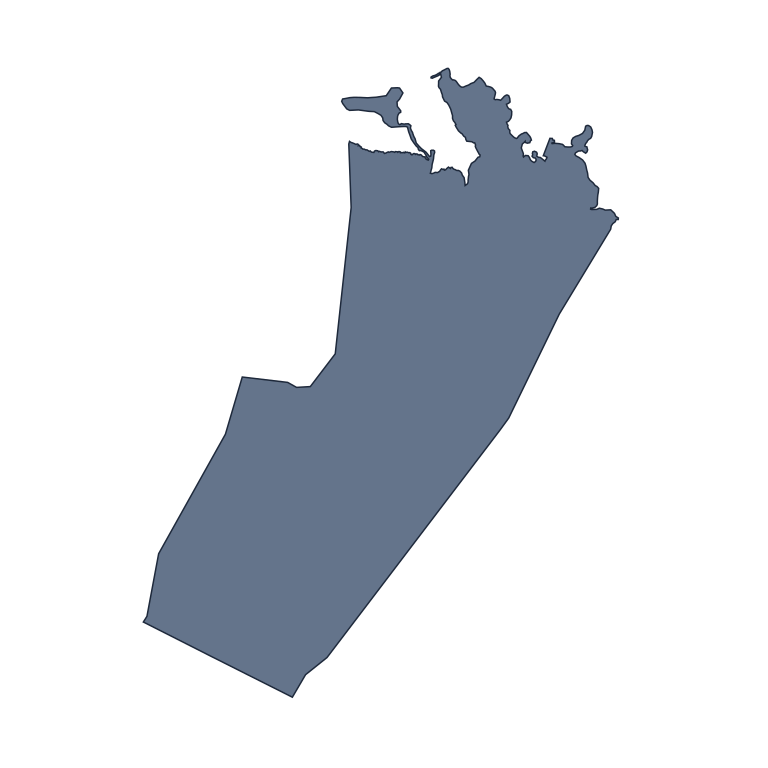 Ngerusar, Airai, Palau (Mercator projection), rotated 185°
{"feature_id": "81905179B80003657919374", "entity_name": "Ngerusar", "entity_type": "district", "adm_level": 2, "iso_a3": "PLW", "parent_name": "Palau", "parent_adm1": "Airai", "projection": "mercator", "projection_center": [134.532, 7.368], "detail": "fine", "context": "isolated", "style": "filled", "palette": "slate", "viewbox_px": 768, "rotation_deg": 185, "n_neighbors": 0, "source": "geoboundaries", "source_scale": "gbopen_adm2", "svg_char_len": 6168}
<svg xmlns="http://www.w3.org/2000/svg" viewBox="0 0 768 768"><g transform="rotate(185 384 384)"><path d="M603.0,125.9L533.7,98.1L448.0,64.0L436.8,87.6L416.9,106.6L264.5,348.1L256.8,360.9L215.5,468.9L171.7,557.9L171.6,559.0L171.4,561.3L170.1,563.7L167.8,565.8L167.0,568.1L165.0,568.3L165.0,569.8L167.7,571.2L169.3,574.1L173.3,577.3L178.8,576.5L181.3,577.4L184.8,577.9L187.3,576.5L192.3,575.9L193.4,576.1L193.4,577.3L191.9,577.4L189.3,578.3L187.6,580.2L187.1,581.9L187.4,584.8L187.5,588.1L187.5,590.8L187.2,593.8L187.2,597.6L189.0,599.3L190.9,600.1L193.3,602.7L196.6,605.0L198.7,607.6L199.6,611.9L200.7,614.9L201.8,618.6L203.0,621.5L205.7,624.5L209.5,626.7L212.5,627.9L213.9,629.3L213.4,630.9L210.6,633.0L208.4,633.3L207.1,633.9L205.6,632.7L203.2,631.5L202.0,632.9L201.5,635.0L202.1,636.5L202.5,637.9L204.5,638.3L204.7,639.2L204.1,641.0L203.4,642.1L203.1,642.4L202.4,644.2L201.0,645.8L199.6,646.7L198.7,648.6L198.2,652.8L199.0,655.5L200.5,658.1L202.7,659.3L204.2,659.3L205.6,658.4L206.1,654.3L208.1,650.9L211.6,648.6L214.6,647.4L217.1,645.6L218.3,643.1L218.2,639.6L216.8,638.0L217.1,637.1L218.7,636.4L221.2,636.1L223.5,636.1L224.5,636.1L226.5,637.9L227.5,638.4L228.4,638.4L230.3,638.7L232.7,638.7L235.0,638.6L237.5,638.1L237.8,638.6L235.2,639.8L235.5,641.6L237.0,641.8L237.7,643.3L240.1,643.2L245.2,625.3L243.9,625.2L241.4,624.1L241.8,622.5L242.9,620.8L243.1,620.0L247.2,622.8L248.1,623.3L249.9,623.3L251.7,624.3L251.6,625.6L251.4,626.5L251.7,627.4L252.3,628.3L254.4,629.0L256.0,628.3L256.3,626.6L255.8,625.2L256.4,623.9L255.0,622.5L252.8,622.2L251.9,620.5L252.4,618.9L253.8,617.7L256.4,618.9L257.7,620.1L258.9,622.4L260.3,624.0L263.0,624.0L264.8,622.3L265.3,623.3L265.1,624.2L265.3,625.8L266.3,627.9L267.8,631.1L267.1,635.2L265.8,636.5L264.5,638.1L264.3,636.9L262.2,636.4L259.8,637.1L259.3,639.0L258.4,639.8L259.3,641.9L260.3,643.4L264.0,647.0L266.0,646.7L267.2,645.8L268.9,645.0L271.1,643.1L272.9,640.4L273.6,640.1L275.6,640.8L277.4,642.1L280.2,644.5L280.7,646.0L280.7,647.6L282.5,649.3L283.2,651.4L283.0,652.5L283.9,653.5L284.8,655.5L283.0,656.5L282.1,657.6L280.7,660.1L280.3,663.2L280.5,666.7L281.8,668.7L283.1,668.8L284.3,669.7L285.4,671.2L286.4,673.4L284.5,674.4L283.0,675.9L283.6,679.4L284.9,682.1L286.7,682.7L288.1,682.0L289.3,681.0L291.0,678.7L292.6,676.8L294.2,677.2L296.4,677.3L298.0,676.9L299.2,677.6L298.4,682.5L298.3,684.0L298.9,685.4L301.8,688.2L303.4,689.0L305.8,689.5L308.1,689.7L309.8,692.6L311.5,694.5L313.8,696.7L316.0,697.8L318.2,695.3L320.6,692.3L323.6,690.9L325.8,689.2L328.2,688.1L330.9,686.6L332.7,686.5L334.3,687.4L335.9,688.8L337.6,690.8L338.4,691.8L339.7,692.7L341.1,693.0L342.3,692.9L343.7,694.1L344.7,695.2L345.2,696.9L345.1,698.4L345.8,701.4L346.6,703.1L347.5,704.0L348.6,703.9L351.6,702.0L353.3,701.0L354.1,699.8L355.4,699.3L356.0,698.2L356.9,698.3L357.6,697.5L359.9,696.0L362.1,695.2L363.8,694.0L363.9,693.1L362.6,692.8L361.0,693.7L357.0,695.8L355.7,696.8L355.6,697.7L354.6,697.9L353.9,695.7L353.5,694.6L356.0,690.6L355.8,687.6L355.7,685.4L355.0,684.0L353.4,682.5L352.3,679.7L351.1,677.2L350.7,675.1L349.4,672.9L348.3,671.1L345.8,669.9L343.8,667.5L341.5,663.6L340.2,660.1L339.1,657.3L338.9,654.6L337.8,652.3L336.3,650.8L334.9,648.7L335.6,648.0L334.5,646.2L331.9,642.7L329.2,640.6L328.2,640.2L326.1,637.8L324.4,636.8L323.7,634.6L322.7,633.1L317.6,633.0L315.7,632.0L314.7,632.2L313.6,630.1L313.8,628.8L313.3,627.6L311.1,624.1L310.0,622.5L309.2,621.2L308.2,620.5L308.4,618.7L310.1,618.1L312.8,614.0L316.1,611.4L318.6,604.3L317.6,600.1L317.9,598.4L318.0,594.6L317.8,592.4L318.3,590.7L320.5,588.8L321.0,591.7L322.2,596.6L324.2,598.9L325.1,601.0L327.0,602.7L328.9,603.3L329.7,603.0L330.5,603.2L332.1,603.9L333.0,604.0L334.3,604.9L334.9,605.8L336.1,605.6L336.6,604.5L338.7,605.7L340.3,604.1L341.4,602.7L342.5,602.3L343.0,603.3L344.1,602.9L345.4,603.4L346.2,602.4L347.1,600.7L348.1,600.0L349.0,599.3L351.5,599.3L352.9,598.4L354.6,597.7L356.2,598.0L356.0,598.8L355.8,600.5L355.2,603.5L355.2,606.8L354.6,610.5L354.3,612.6L354.3,616.7L353.7,619.0L354.0,620.6L355.1,621.2L356.8,621.1L357.8,620.5L357.6,619.1L357.2,616.5L357.4,614.9L358.5,614.6L362.0,618.3L362.6,618.8L367.2,621.7L370.0,624.1L372.9,626.9L374.4,631.0L375.9,633.3L377.1,635.9L377.5,637.1L378.7,638.7L379.7,640.6L380.0,641.6L379.7,643.6L380.3,644.1L381.3,644.8L382.6,645.4L384.1,645.1L384.9,645.1L386.2,644.7L387.5,644.7L388.6,644.8L389.5,644.9L390.2,644.1L391.3,643.8L392.5,644.8L393.2,646.5L393.8,648.9L393.8,651.9L393.4,653.5L392.4,655.4L391.1,656.0L391.1,657.5L392.2,658.8L393.7,660.4L394.9,661.7L395.6,666.1L393.3,669.2L390.5,675.6L394.3,680.2L396.4,680.3L402.4,679.5L406.9,671.4L416.9,669.0L421.6,668.3L425.1,667.7L432.6,667.4L438.6,667.0L443.0,666.3L446.4,665.3L450.1,664.3L450.8,661.9L449.5,659.7L445.1,654.8L442.1,653.6L433.4,654.8L422.7,654.3L417.4,654.5L413.5,652.9L410.4,651.4L408.5,649.0L407.9,646.4L406.1,644.3L403.7,643.0L402.0,641.6L398.9,640.4L391.6,641.6L386.4,642.3L384.3,642.4L383.0,641.9L381.4,637.4L379.7,633.8L378.2,630.4L375.2,626.7L372.6,623.8L370.8,622.5L370.2,620.7L369.1,619.5L367.6,619.8L364.4,618.5L362.5,616.0L361.7,615.0L361.8,614.4L359.0,611.8L359.4,610.9L361.5,611.5L361.8,612.2L362.4,612.6L363.2,613.8L365.4,614.0L366.8,615.4L367.7,615.7L368.2,615.7L368.6,615.2L370.4,615.4L370.6,615.9L371.2,616.0L372.3,616.0L372.5,615.5L373.8,616.2L374.7,616.1L376.1,614.7L377.2,615.1L377.4,616.1L378.5,616.8L379.3,616.5L381.2,617.0L382.3,616.6L383.1,617.1L383.4,616.2L384.1,616.0L384.7,616.5L386.2,615.9L386.9,616.1L387.8,615.8L388.1,616.7L389.4,616.9L390.5,616.0L390.9,616.5L393.0,616.5L393.5,615.7L394.8,616.1L397.0,616.2L399.2,615.2L399.8,615.6L400.8,615.2L402.3,614.2L403.7,613.7L404.9,615.1L406.0,615.1L407.1,614.9L408.8,615.4L409.6,614.9L410.5,615.8L412.5,615.9L413.8,615.2L414.3,613.8L416.7,613.9L418.1,615.0L419.0,614.5L421.4,615.8L422.5,615.6L424.3,616.3L425.5,616.1L426.1,616.7L427.3,617.1L427.3,618.1L428.7,618.5L429.0,619.4L429.6,619.6L430.4,619.2L430.4,620.2L431.1,620.8L431.9,620.7L432.8,620.2L434.9,621.0L436.6,621.5L438.0,621.8L439.5,622.7L440.0,620.0L432.1,556.9L435.2,409.8L440.5,401.4L457.2,375.0L470.8,373.0L480.1,377.2L525.8,378.6L537.6,320.2L593.7,195.3L599.9,131.9L603.0,125.9Z" fill="#64748b" stroke="#1e293b" stroke-width="1.5"/></g></svg>